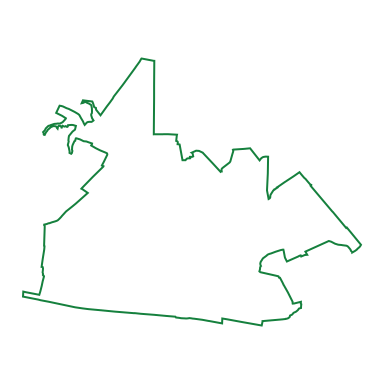 outline of Mircea Voda, Constanta, Romania
{"feature_id": "2599482B76802521159862", "entity_name": "Mircea Voda", "entity_type": "district", "adm_level": 2, "iso_a3": "ROU", "parent_name": "Romania", "parent_adm1": "Constanta", "projection": "robinson", "projection_center": [28.188, 44.308], "detail": "fine", "context": "isolated", "style": "outline", "palette": "green", "viewbox_px": 384, "rotation_deg": 0, "n_neighbors": 0, "source": "geoboundaries", "source_scale": "gbopen_adm2", "svg_char_len": 5819}
<svg xmlns="http://www.w3.org/2000/svg" viewBox="0 0 384 384"><path d="M308.0,181.9L305.5,178.9L304.5,178.1L304.0,177.6L301.2,174.3L299.5,172.2L293.6,176.3L284.6,182.2L280.0,185.4L278.1,186.7L277.1,187.3L277.4,187.6L275.4,188.9L275.1,189.1L274.8,189.4L274.7,189.3L274.4,189.3L273.7,190.1L273.2,190.6L272.7,191.4L271.3,193.6L270.7,194.6L270.5,195.0L270.4,195.4L270.2,197.3L270.2,197.5L270.0,197.9L269.7,198.3L269.3,198.6L268.6,199.0L267.0,190.4L267.8,173.7L268.1,156.7L265.8,156.6L264.3,156.8L263.3,157.0L262.6,157.3L261.6,158.0L261.0,158.5L259.6,160.4L250.1,148.3L244.0,148.9L233.2,149.6L232.9,149.8L233.2,150.6L233.2,151.0L233.2,151.5L232.5,153.7L230.3,161.5L230.1,161.8L229.6,162.5L228.2,163.6L223.0,167.6L222.2,168.3L221.9,168.6L221.6,169.2L221.5,169.9L221.7,171.4L221.2,171.4L220.6,171.9L213.6,164.3L212.4,163.0L202.9,152.9L202.8,152.7L199.0,150.9L196.1,150.7L191.7,152.7L192.6,153.3L193.2,156.4L192.3,156.8L191.9,156.9L190.7,156.8L190.0,156.9L189.9,156.9L189.9,157.3L190.3,157.9L190.3,158.1L190.2,158.2L190.1,158.3L189.7,158.3L188.3,158.3L187.7,158.4L187.2,158.5L186.9,158.7L186.3,159.3L185.8,159.7L185.5,160.2L183.9,160.2L182.5,160.2L179.9,146.0L179.8,145.4L179.6,144.5L178.7,144.3L177.6,144.2L177.8,142.2L177.6,141.6L177.1,141.2L176.2,140.9L176.8,135.5L177.0,134.7L168.0,134.2L153.8,134.3L153.9,122.2L154.1,98.3L154.1,85.3L154.3,60.9L154.1,60.9L142.0,58.6L141.6,58.5L141.4,58.6L140.7,59.8L140.3,60.4L139.8,61.4L135.6,67.2L135.6,67.3L122.7,85.0L113.7,96.6L113.4,97.3L112.5,98.9L112.4,99.0L109.8,102.6L106.8,106.5L100.5,115.3L96.1,109.7L95.9,107.9L94.5,107.3L94.1,106.9L93.8,105.6L93.1,103.4L92.3,101.5L83.5,100.4L83.0,100.3L81.7,103.2L82.7,103.0L83.4,102.8L84.9,102.0L85.3,102.0L85.6,102.0L86.3,102.4L87.4,103.0L88.0,103.2L88.8,103.5L90.0,104.3L90.6,104.6L91.0,104.9L91.2,105.2L91.5,106.2L91.9,108.4L92.0,111.1L91.9,113.1L91.6,113.6L91.3,114.1L91.2,114.7L91.2,115.2L91.4,115.9L92.1,118.2L92.2,118.5L92.9,119.4L93.1,119.9L93.5,120.5L93.0,120.9L92.3,121.4L91.7,121.8L91.1,121.9L90.0,121.8L88.7,121.9L88.0,122.0L87.2,122.3L86.7,122.7L84.7,124.9L83.8,123.3L83.0,121.4L80.9,117.9L79.5,115.3L79.3,115.0L78.3,114.1L77.5,113.6L74.6,111.9L70.3,109.7L68.7,108.9L66.6,108.2L63.3,106.6L62.8,106.4L61.4,106.0L59.6,105.7L56.2,112.9L62.2,115.9L65.9,118.3L65.8,118.6L65.1,119.5L62.7,122.1L61.7,122.7L61.1,122.9L60.8,123.2L60.6,123.4L60.4,123.5L60.1,123.5L57.7,123.5L56.1,123.8L55.0,123.8L54.0,124.0L51.6,124.8L50.4,125.2L49.7,125.6L49.2,125.7L48.6,125.8L48.4,125.9L47.1,127.1L45.7,128.5L45.2,129.7L44.8,130.3L43.8,131.4L43.1,132.1L43.8,133.5L43.7,134.5L43.8,134.7L44.4,134.8L44.7,134.9L46.0,132.3L47.2,130.9L47.8,129.8L49.1,128.7L50.8,127.2L53.0,126.2L53.6,126.1L55.1,126.2L55.8,126.3L56.5,126.9L56.9,127.9L57.6,128.7L57.8,127.8L57.8,127.1L58.3,126.3L58.9,125.8L60.3,126.0L61.1,126.3L61.4,126.6L61.4,127.5L61.7,127.6L62.2,126.4L62.6,125.8L63.8,126.4L64.7,126.6L65.8,126.1L67.0,126.9L67.5,126.8L67.9,126.1L68.1,125.5L68.1,125.2L71.4,124.9L73.0,125.0L75.9,125.9L75.0,129.6L72.5,131.6L69.0,135.9L68.7,137.4L68.4,140.4L68.7,141.4L67.8,145.0L68.7,147.2L69.6,151.5L69.5,152.9L71.2,153.8L71.9,153.0L72.4,150.9L72.0,149.7L72.2,146.6L72.6,145.1L74.4,141.2L75.2,140.8L75.5,139.4L75.8,138.4L76.4,138.3L80.0,139.4L83.6,141.2L86.5,141.5L87.5,141.9L92.1,143.5L92.0,144.1L91.2,145.5L95.8,148.2L100.2,150.4L105.8,152.7L107.1,153.4L107.3,154.7L104.0,161.5L102.2,164.9L101.9,165.5L103.5,166.2L103.4,166.5L92.8,176.9L81.8,188.2L81.4,188.7L82.4,189.2L87.6,192.8L87.4,193.0L87.6,193.1L75.8,203.6L72.4,206.4L66.1,211.4L61.9,216.0L61.2,216.9L59.3,218.9L58.6,219.5L57.9,220.2L57.2,220.6L55.7,221.2L53.7,221.8L51.9,222.3L49.5,223.2L48.5,223.3L46.8,224.0L44.2,224.6L44.2,225.3L44.5,225.5L44.7,226.0L44.7,227.3L44.1,245.5L44.3,245.5L44.4,245.9L44.5,246.4L44.2,249.7L42.7,259.1L41.6,266.9L42.4,267.0L42.6,267.0L42.8,267.5L43.0,268.5L42.8,271.1L42.7,271.6L42.6,272.3L43.0,273.8L43.1,274.7L42.9,275.0L43.1,275.4L43.8,275.9L43.9,276.1L44.0,276.4L42.7,281.2L41.7,286.0L40.3,291.5L39.3,294.8L25.8,292.2L23.3,291.6L23.0,296.6L38.3,299.6L40.5,300.2L49.0,301.8L75.1,307.3L82.6,308.4L88.2,309.1L101.3,310.3L114.6,311.6L134.2,313.2L134.3,313.1L134.5,313.1L140.9,313.8L154.0,314.8L166.9,316.0L175.4,316.7L176.0,317.5L178.7,317.8L180.0,318.0L181.0,318.2L182.8,318.3L185.1,318.4L185.8,318.5L187.6,318.4L189.4,318.1L191.1,318.3L192.8,318.6L194.1,318.7L202.4,319.8L208.3,320.9L209.7,321.1L222.1,323.4L222.3,318.5L227.1,319.3L242.4,322.1L261.7,325.5L262.5,321.8L262.5,321.1L282.1,319.4L285.5,319.0L285.7,318.8L286.4,318.8L288.0,318.3L289.4,317.3L289.6,317.1L289.8,316.6L290.0,315.6L290.4,315.3L291.1,315.1L291.8,314.8L292.5,314.2L293.4,313.0L293.8,312.7L295.8,311.8L296.5,311.3L297.3,310.6L297.9,310.1L298.5,309.2L299.1,308.5L301.0,308.0L301.1,306.0L301.3,304.2L300.8,303.7L300.9,301.8L294.9,303.3L294.1,303.5L292.7,303.6L292.6,303.2L292.6,301.8L287.9,292.4L284.5,286.4L283.9,285.3L283.5,284.8L283.4,284.3L283.0,283.7L282.8,283.1L280.0,277.8L279.5,277.8L279.3,277.8L279.0,277.6L278.8,277.1L278.6,276.5L278.4,276.3L275.5,275.6L260.4,272.2L259.4,271.4L260.0,269.2L260.1,267.7L260.3,267.1L260.7,266.0L260.9,265.9L260.5,265.1L260.3,263.9L260.3,263.2L260.6,262.3L260.8,261.6L261.6,260.5L262.5,259.0L263.0,258.3L266.4,255.8L267.6,254.7L268.2,254.4L269.4,253.9L270.9,253.5L275.7,251.7L280.7,250.1L282.5,249.7L283.4,249.7L283.8,251.5L284.8,256.9L285.0,257.7L286.9,261.5L298.2,256.5L299.4,255.8L300.7,255.4L301.2,256.5L304.8,255.0L307.2,254.8L305.4,251.6L328.8,241.0L330.2,241.4L331.2,241.7L335.0,243.7L338.2,244.7L341.5,245.0L342.5,245.2L346.4,245.7L346.9,245.9L348.0,246.6L350.2,249.2L350.7,250.0L350.8,250.6L352.3,252.3L352.3,252.5L355.2,250.8L357.2,249.3L357.4,248.8L358.7,247.8L360.0,246.5L361.0,244.8L346.8,227.5L346.2,228.0L332.7,211.8L332.3,211.5L310.6,185.8L311.3,185.1L311.3,184.9L310.5,184.6L310.0,184.2L308.0,181.9Z" fill="none" stroke="#15803d" stroke-width="2"/></svg>